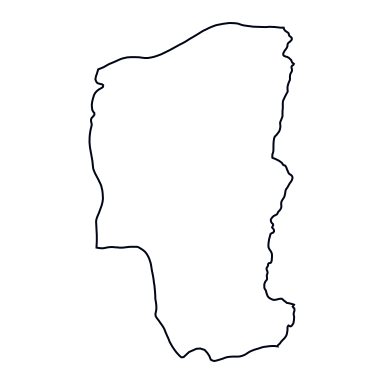 outline of As Sawm, Hadramawt, Yemen
{"feature_id": "15242507B25439284744831", "entity_name": "As Sawm", "entity_type": "district", "adm_level": 2, "iso_a3": "YEM", "parent_name": "Yemen", "parent_adm1": "Hadramawt", "projection": "equal_earth", "projection_center": [49.843, 16.023], "detail": "fine", "context": "isolated", "style": "outline", "palette": "ink", "viewbox_px": 384, "rotation_deg": 0, "n_neighbors": 0, "source": "geoboundaries", "source_scale": "gbopen_adm2", "svg_char_len": 5933}
<svg xmlns="http://www.w3.org/2000/svg" viewBox="0 0 384 384"><path d="M210.8,359.7L212.9,360.7L214.4,361.0L215.9,360.7L217.4,360.3L222.1,358.9L225.2,357.7L226.6,357.3L228.0,357.0L230.8,356.7L232.3,356.6L237.9,356.6L239.3,356.5L240.9,356.2L242.2,355.8L244.8,354.8L246.0,354.1L247.3,353.2L248.5,352.4L250.1,351.5L251.4,350.9L254.2,349.8L255.8,349.3L259.8,348.1L261.2,347.6L262.6,347.2L264.0,346.9L265.6,346.7L269.2,346.2L272.0,346.0L274.7,346.0L277.5,346.4L277.4,346.1L278.1,345.1L278.9,344.4L279.8,343.6L280.5,342.6L281.3,341.5L282.8,339.9L284.4,338.3L285.1,337.4L285.8,336.4L286.4,335.3L286.8,334.1L287.3,331.4L287.5,330.0L287.5,327.4L287.8,326.2L288.6,325.5L289.5,326.0L290.4,326.4L291.4,326.0L292.2,325.1L293.4,323.2L293.6,322.0L293.9,320.5L294.0,319.2L294.1,317.8L294.1,316.5L293.8,315.3L293.6,313.9L293.9,312.4L294.3,311.1L294.5,309.9L294.3,308.4L293.4,307.7L292.7,306.6L293.4,305.7L294.0,304.7L293.0,304.3L290.1,303.5L288.2,303.1L287.1,303.0L286.2,302.4L285.4,301.6L284.4,301.0L282.8,299.5L281.8,298.8L280.9,298.7L279.9,298.8L278.8,299.0L276.8,299.5L274.8,299.9L273.8,299.9L272.9,299.7L271.0,298.9L270.1,298.4L269.2,297.9L268.3,297.0L267.6,296.0L267.1,294.8L266.3,292.5L266.1,291.3L265.6,290.1L264.9,289.1L264.4,288.0L264.3,286.8L264.3,285.5L264.3,284.3L265.1,282.0L265.8,281.0L266.6,280.0L267.1,278.9L266.8,276.1L266.9,274.8L267.4,273.6L267.6,272.4L267.3,271.1L266.8,270.0L266.5,268.7L266.8,267.6L267.6,266.6L268.0,265.4L268.1,264.1L268.8,263.2L269.8,263.1L270.7,262.8L271.3,261.9L271.7,260.6L271.8,259.4L272.0,256.6L272.0,255.2L271.9,253.9L271.5,252.7L270.4,250.6L269.7,249.7L269.1,248.6L268.6,247.5L268.4,246.1L268.5,243.4L268.9,240.7L269.1,239.2L269.9,236.5L270.2,235.2L270.5,234.0L271.4,233.4L272.2,232.9L273.2,232.6L274.0,231.5L274.0,230.3L273.5,229.1L272.8,228.4L272.1,227.4L273.2,225.1L272.8,223.8L271.9,223.1L271.3,222.2L270.9,221.0L270.8,219.7L271.3,218.7L271.9,217.8L272.7,216.9L273.6,216.1L274.4,215.6L276.5,214.6L277.3,213.9L277.8,212.6L278.4,211.7L279.2,210.8L280.0,210.0L280.7,208.9L281.2,207.6L281.4,206.4L281.2,204.8L281.2,203.5L281.3,202.3L281.7,201.1L282.3,200.0L283.7,197.9L284.3,196.8L285.0,194.3L285.2,193.0L285.4,191.6L285.6,190.4L286.2,189.1L286.9,188.2L287.5,187.3L289.5,183.7L290.1,182.8L290.8,181.9L291.5,180.9L292.0,179.8L292.4,178.6L292.5,177.4L292.1,176.2L291.4,175.3L290.5,174.6L289.6,174.2L288.8,173.4L288.2,172.2L287.7,170.9L287.2,169.9L286.3,167.4L285.7,166.3L285.0,165.5L284.0,165.3L283.1,164.8L282.5,163.8L281.8,162.8L280.9,162.1L279.1,160.8L276.1,159.3L274.1,158.4L273.2,158.2L272.3,157.6L272.4,154.2L272.9,153.1L273.2,151.9L273.4,150.6L273.5,143.7L273.7,141.1L274.1,138.4L274.5,137.2L275.2,136.2L276.0,135.4L276.8,134.6L277.5,133.6L279.0,131.7L279.5,130.6L279.9,129.4L280.2,128.0L280.4,126.6L280.2,124.0L280.1,122.6L280.5,121.4L281.0,120.3L282.4,116.7L282.5,115.4L282.5,112.8L282.5,111.4L282.6,110.0L282.8,108.5L282.8,107.1L282.8,103.1L282.9,101.7L283.2,100.5L284.9,96.8L286.6,93.5L287.3,92.4L287.7,91.3L287.5,88.6L287.5,87.4L287.7,86.0L288.4,83.5L288.8,82.4L289.8,80.2L290.0,79.0L289.9,77.6L290.1,74.9L290.5,73.7L291.8,71.4L292.0,70.1L291.9,68.9L291.5,67.8L291.6,66.4L292.3,65.5L293.2,65.1L293.9,63.9L293.1,63.2L292.1,62.5L291.6,61.3L291.3,60.2L290.5,59.4L288.9,57.9L288.0,57.4L287.2,56.9L286.1,56.7L284.2,56.0L283.4,55.2L283.2,54.0L283.5,52.8L284.7,50.7L286.2,48.7L286.9,47.6L287.4,46.3L287.5,44.9L287.8,43.7L288.6,42.6L289.5,42.1L291.1,40.5L291.8,39.5L291.8,38.2L291.1,37.2L290.2,36.5L289.3,35.8L288.9,34.7L288.7,33.4L288.0,32.7L285.2,30.8L284.5,29.9L283.9,28.9L283.7,27.7L280.6,27.7L279.1,27.5L277.7,27.3L276.2,27.2L275.0,27.0L269.1,26.8L267.2,27.0L265.5,27.1L253.3,26.7L250.4,26.3L248.9,26.1L247.2,25.9L244.4,25.5L242.3,25.1L237.9,23.6L234.9,23.2L229.4,23.0L223.1,23.8L220.2,24.4L217.4,24.9L215.7,25.3L213.0,26.3L209.3,27.8L206.0,29.5L204.4,30.2L203.0,30.9L194.9,35.9L189.4,39.1L186.0,41.3L183.0,43.0L179.8,44.6L169.4,50.3L164.3,52.8L161.6,54.1L160.2,54.7L158.7,55.2L157.2,55.8L154.4,56.7L152.8,57.1L151.5,57.4L150.1,57.6L148.8,57.9L147.5,58.0L144.7,58.0L142.0,57.7L139.3,57.3L137.8,57.2L131.8,57.1L130.1,57.2L127.1,57.4L122.3,58.5L119.4,59.6L114.8,61.7L109.3,64.0L107.6,64.9L105.0,66.4L103.6,67.2L98.2,69.4L96.8,74.0L96.1,75.8L95.7,77.6L95.4,79.4L96.0,81.0L96.8,82.5L97.9,83.3L100.8,84.1L102.1,84.3L103.2,85.2L102.9,87.0L101.7,87.9L99.1,89.3L97.9,90.2L96.7,91.2L95.8,92.2L94.7,93.7L93.9,95.4L92.8,99.2L92.3,101.2L92.0,103.0L91.8,104.9L91.9,106.8L92.1,108.6L92.4,110.3L93.3,111.8L94.3,112.9L94.4,114.7L93.5,116.0L92.5,117.1L91.5,118.2L91.0,119.8L91.1,121.6L91.6,123.4L91.7,125.2L90.8,128.9L90.4,130.7L89.9,134.1L89.7,136.0L89.6,138.0L89.5,142.1L89.8,145.6L90.0,147.4L90.3,149.3L90.7,151.4L91.7,157.0L92.4,161.1L93.0,167.0L93.3,168.8L93.8,170.4L95.3,173.8L96.1,175.3L98.5,179.8L100.9,184.9L101.4,186.5L101.8,188.3L102.2,189.9L102.5,191.9L102.7,193.9L102.9,197.4L102.9,199.2L102.6,201.5L102.1,203.8L101.5,205.9L100.9,207.5L98.9,213.0L97.3,216.7L96.8,218.2L96.3,219.8L96.1,221.6L96.8,235.2L96.8,237.4L96.8,241.6L96.7,243.3L96.6,245.4L96.5,247.6L99.4,248.1L102.5,248.3L104.1,248.1L107.5,247.4L108.9,247.2L111.8,247.0L113.3,247.1L116.5,247.4L117.8,247.4L119.6,247.7L120.9,247.7L122.3,247.7L128.9,246.9L130.6,246.8L136.7,246.8L137.9,247.0L139.1,247.6L142.0,249.4L143.2,250.2L144.6,251.4L145.8,252.7L146.8,254.1L147.7,255.6L148.5,257.1L149.3,259.0L150.0,261.1L150.7,263.3L151.1,265.4L152.0,271.1L152.4,272.8L153.3,277.6L153.8,281.3L154.0,283.2L154.4,285.2L155.0,291.5L155.3,296.3L155.3,298.6L156.0,302.8L156.3,305.0L156.4,308.8L156.1,310.7L155.4,314.2L155.7,316.0L156.5,317.6L157.4,318.8L159.3,321.3L160.2,322.7L161.2,324.0L163.2,327.0L164.0,328.4L164.9,330.4L165.6,332.4L166.3,333.8L166.9,335.4L167.6,336.8L168.4,338.6L169.7,341.9L172.2,346.4L173.0,347.6L174.0,349.1L175.9,351.7L176.9,352.9L179.1,355.3L179.7,355.9L180.2,356.4L181.4,357.3L183.6,357.1L189.1,352.0L196.4,348.8L200.2,348.5L204.6,349.9L207.3,352.9L209.3,355.9L210.8,359.7Z" fill="none" stroke="#020617" stroke-width="2"/></svg>